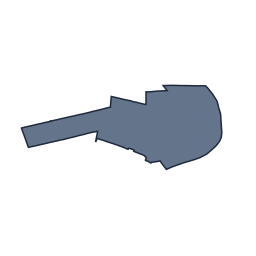 Pristol, Mehedinti, Romania, rotated 226°
{"feature_id": "2599482B70848507308942", "entity_name": "Pristol", "entity_type": "district", "adm_level": 2, "iso_a3": "ROU", "parent_name": "Romania", "parent_adm1": "Mehedinti", "projection": "equal_earth", "projection_center": [22.733, 44.25], "detail": "fine", "context": "isolated", "style": "filled", "palette": "slate", "viewbox_px": 256, "rotation_deg": 226, "n_neighbors": 0, "source": "geoboundaries", "source_scale": "gbopen_adm2", "svg_char_len": 4601}
<svg xmlns="http://www.w3.org/2000/svg" viewBox="0 0 256 256"><g transform="rotate(226 128 128)"><path d="M186.9,77.3L186.5,77.1L186.8,76.5L187.5,75.5L188.0,74.6L188.4,74.1L188.9,73.2L190.1,71.3L190.4,70.7L191.1,69.5L192.2,67.7L193.2,66.1L193.8,65.1L194.8,63.5L195.9,61.5L196.8,60.1L197.9,58.3L198.4,57.5L199.5,55.7L199.9,55.0L200.4,54.1L200.8,53.4L201.7,51.9L202.0,51.3L199.8,50.3L197.7,49.4L195.4,48.4L193.7,47.6L192.3,47.0L191.0,46.4L188.4,45.2L186.6,44.4L185.5,43.9L183.2,42.9L182.7,43.8L182.5,44.0L182.3,44.4L182.1,44.8L181.4,46.0L181.1,46.4L180.5,47.4L180.4,47.5L179.4,49.1L179.1,49.5L178.9,49.9L178.7,50.3L178.2,51.1L177.9,51.6L177.8,51.9L177.4,52.5L177.0,53.1L176.9,53.3L176.5,54.0L176.3,54.5L175.9,55.0L175.5,55.6L175.3,56.0L174.5,57.3L173.8,58.4L172.7,60.4L172.2,61.2L171.3,62.8L170.9,63.3L170.1,64.6L169.9,65.0L169.4,65.8L169.0,66.5L168.8,66.8L168.6,67.2L168.3,67.6L168.1,67.8L167.7,68.5L167.5,68.8L167.4,69.1L167.0,69.7L166.9,69.9L166.6,70.5L166.1,71.3L165.9,71.7L165.7,72.0L165.4,72.3L165.1,72.6L164.9,73.1L164.6,73.5L164.4,73.8L163.7,75.2L163.5,75.4L163.1,76.1L162.5,77.2L162.3,77.6L162.1,77.9L161.8,78.4L161.7,78.7L160.7,80.4L160.5,80.6L160.3,80.9L159.8,81.8L159.7,82.0L159.3,82.7L159.1,83.0L157.9,85.1L157.7,85.5L157.1,86.6L157.0,86.9L156.7,87.4L156.5,87.7L156.1,88.4L156.0,88.7L155.6,89.2L155.0,90.1L154.9,90.3L154.8,90.5L154.5,91.0L154.2,91.6L154.0,91.8L153.7,92.3L153.6,92.5L153.3,93.1L153.1,93.6L152.7,94.3L152.5,94.6L152.4,94.9L152.1,95.4L152.0,95.6L151.7,96.0L151.3,96.7L151.2,96.9L150.8,97.6L150.5,98.0L150.4,98.1L150.4,98.4L149.7,99.4L148.7,100.8L147.8,102.1L147.1,103.3L146.9,103.6L146.7,103.8L146.5,103.5L145.6,102.3L144.2,100.3L143.5,99.2L142.6,98.0L141.8,96.9L141.5,96.3L140.5,95.1L140.4,95.0L141.3,97.2L141.5,97.6L141.8,98.2L141.9,98.4L141.9,98.5L141.5,98.8L140.9,99.1L140.7,99.2L140.5,99.4L140.2,99.5L139.6,99.8L139.2,100.0L138.9,100.2L137.8,100.8L137.6,100.9L136.4,101.6L136.2,101.7L135.9,101.8L135.6,102.0L135.4,102.1L134.8,102.4L134.5,102.5L134.3,102.6L132.7,103.4L132.6,103.5L132.3,103.6L131.7,103.9L131.2,104.2L131.0,104.3L130.7,104.4L130.6,104.5L130.4,104.7L130.2,104.7L129.9,104.9L129.7,105.0L129.4,105.2L129.0,105.4L128.4,105.6L127.9,106.0L127.5,106.2L127.0,106.5L126.7,106.6L126.3,106.8L126.1,106.9L125.2,107.2L125.1,107.4L124.6,107.6L124.4,107.8L124.1,107.9L123.3,108.4L123.1,108.5L122.8,108.6L122.6,108.6L122.3,108.8L122.1,108.9L121.9,109.0L121.5,109.3L121.3,109.3L120.3,109.7L120.1,109.8L119.9,110.0L119.4,110.3L119.2,110.4L118.9,110.5L118.2,110.8L117.9,110.9L117.4,111.2L117.2,111.3L116.3,111.7L115.9,111.8L115.4,112.0L114.7,112.3L114.2,112.5L113.7,112.7L113.5,112.8L113.1,113.0L112.9,113.1L112.7,113.2L112.6,113.3L112.6,113.5L112.9,114.0L112.9,114.3L112.8,114.5L112.5,114.8L112.3,115.0L112.0,115.1L111.8,115.2L111.6,115.3L110.6,115.8L110.3,115.8L110.2,115.9L110.0,116.1L109.8,116.2L109.7,116.3L109.2,116.5L108.8,116.7L108.6,116.8L108.3,116.9L108.1,117.0L107.8,117.1L107.2,115.9L107.0,116.0L105.5,116.7L103.6,117.6L101.3,118.6L99.1,119.7L97.8,120.3L97.7,120.3L97.4,120.3L97.2,120.5L96.8,120.6L96.5,120.5L96.1,120.5L95.9,120.5L95.2,120.5L94.8,120.6L94.6,120.6L94.4,120.6L94.2,120.5L93.8,120.2L93.7,120.1L93.5,119.9L93.4,119.8L93.3,119.7L93.2,119.3L93.1,119.1L92.9,118.5L92.7,118.1L92.2,118.1L92.1,118.3L91.8,118.4L91.7,118.4L91.4,118.5L91.2,118.6L91.2,118.4L91.1,118.6L90.9,118.8L90.8,119.0L90.6,119.1L88.2,119.8L87.2,119.9L86.8,120.7L87.0,121.1L86.1,122.2L85.4,123.2L83.6,125.8L83.3,126.0L83.2,126.3L83.1,126.6L82.5,127.5L82.4,128.0L82.2,128.2L79.7,127.8L71.6,126.8L69.5,132.5L64.7,143.1L59.3,153.5L56.7,159.2L54.5,166.8L54.2,172.7L54.0,178.4L54.7,184.1L56.3,188.4L58.3,190.8L59.4,192.2L64.8,196.7L70.1,201.2L73.7,204.3L79.0,207.0L82.2,208.9L85.5,210.7L92.9,212.3L100.8,213.1L104.4,213.1L105.6,211.9L106.9,210.6L109.4,208.0L111.4,205.9L114.5,202.9L122.7,194.6L125.1,192.3L127.7,189.7L130.5,186.7L132.6,184.4L134.1,182.8L132.2,182.6L130.0,182.3L127.7,182.1L131.1,178.2L134.5,174.3L137.1,171.1L139.6,167.9L140.8,166.8L141.5,166.1L140.1,164.7L138.7,163.4L137.3,162.0L136.0,160.7L134.8,159.6L133.7,158.5L132.5,157.2L134.6,155.7L136.3,154.7L137.1,154.2L138.5,153.2L140.0,152.4L141.6,151.3L143.0,150.2L145.2,149.1L146.8,148.1L147.7,147.4L152.8,144.0L157.1,141.3L160.7,138.9L161.5,138.4L162.3,137.9L160.7,136.0L157.9,132.8L155.8,130.4L155.2,130.0L156.4,128.0L158.6,124.1L160.4,120.9L162.1,118.0L163.1,116.3L164.6,113.9L165.9,111.4L166.9,109.7L168.0,107.9L169.1,106.0L170.3,104.1L172.1,101.2L174.2,97.6L176.1,94.6L176.7,93.6L177.7,92.0L180.8,86.9L183.2,82.8L184.0,81.5L184.4,80.9L186.1,78.1L186.9,77.3Z" fill="#64748b" stroke="#1e293b" stroke-width="1.5"/></g></svg>